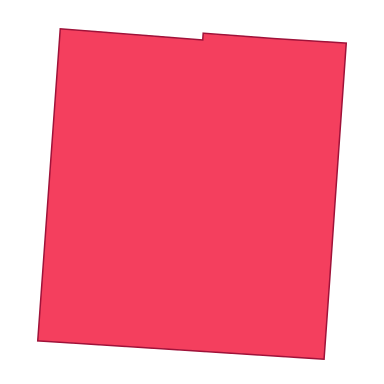 the district of Gratiot, Michigan, United States of America, rotated 94°
{"feature_id": "52423323B41656630060914", "entity_name": "Gratiot", "entity_type": "district", "adm_level": 2, "iso_a3": "USA", "parent_name": "United States of America", "parent_adm1": "Michigan", "projection": "robinson", "projection_center": [-84.616, 43.292], "detail": "fine", "context": "isolated", "style": "filled", "palette": "rose", "viewbox_px": 384, "rotation_deg": 94, "n_neighbors": 0, "source": "geoboundaries", "source_scale": "gbopen_adm2", "svg_char_len": 293}
<svg xmlns="http://www.w3.org/2000/svg" viewBox="0 0 384 384"><g transform="rotate(94 192 192)"><path d="M351.2,326.9L349.6,48.6L270.5,48.5L191.4,48.6L32.7,48.5L33.2,120.2L32.8,191.9L39.6,191.9L38.4,334.8L351.3,335.5L351.2,326.9Z" fill="#f43f5e" stroke="#9f1239" stroke-width="1.5"/></g></svg>